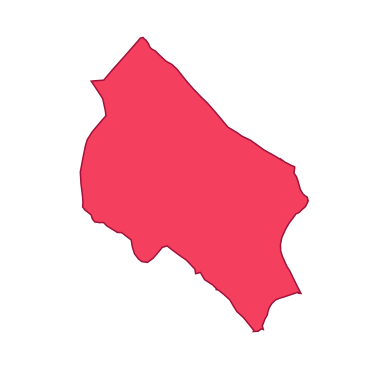 outline of Potupo, River Gee, Liberia, rotated 311°
{"feature_id": "62588387B58359330496040", "entity_name": "Potupo", "entity_type": "district", "adm_level": 2, "iso_a3": "LBR", "parent_name": "Liberia", "parent_adm1": "River Gee", "projection": "albers", "projection_center": [-7.817, 5.334], "detail": "fine", "context": "isolated", "style": "filled", "palette": "rose", "viewbox_px": 384, "rotation_deg": 311, "n_neighbors": 0, "source": "geoboundaries", "source_scale": "gbopen_adm2", "svg_char_len": 2070}
<svg xmlns="http://www.w3.org/2000/svg" viewBox="0 0 384 384"><g transform="rotate(311 192 192)"><path d="M109.5,204.4L109.7,204.6L116.4,206.1L123.2,206.1L130.7,205.9L135.0,208.6L135.3,215.1L136.0,224.4L136.5,228.7L136.6,229.6L136.9,232.4L136.6,235.8L136.0,241.5L135.7,244.8L132.7,248.3L136.8,251.2L134.1,259.0L134.6,262.5L135.5,268.5L135.0,274.6L134.4,274.5L135.4,276.6L135.5,281.6L135.6,283.2L135.6,283.6L135.6,283.9L135.4,291.4L133.7,296.3L133.5,296.7L133.4,297.2L131.2,304.3L131.0,313.1L129.5,321.8L128.2,329.1L126.9,329.8L130.4,333.3L134.1,334.0L135.0,336.0L136.1,334.3L137.2,332.8L137.5,332.7L139.4,332.1L143.6,330.5L148.8,329.4L152.0,327.5L155.1,326.4L156.2,326.0L160.8,325.4L165.4,325.9L169.3,327.8L171.6,329.3L174.4,331.0L181.9,335.4L183.1,336.1L184.1,336.7L185.9,337.6L185.4,338.6L186.9,340.8L189.5,334.3L192.8,326.4L196.5,317.8L198.4,311.7L202.8,302.3L205.7,297.6L210.4,293.2L216.9,289.5L225.5,287.0L231.6,285.8L238.5,285.3L243.7,284.8L246.7,286.3L250.2,286.5L255.4,287.2L260.3,286.0L261.3,285.1L261.2,286.0L263.7,282.3L263.3,279.9L263.3,276.9L264.9,272.2L269.8,264.8L272.1,260.7L273.1,256.6L277.3,253.9L278.4,252.9L277.3,249.9L275.5,242.5L275.1,237.5L274.7,237.9L273.5,231.0L270.9,218.4L270.4,212.5L269.5,202.6L266.9,193.0L266.4,187.4L264.5,176.4L266.0,167.5L267.4,158.4L269.2,145.6L269.6,137.4L270.6,125.8L271.8,116.9L273.5,107.1L274.8,100.6L275.1,93.1L273.7,86.7L273.8,83.4L274.0,76.5L274.4,71.8L273.5,67.9L273.7,65.1L275.3,62.0L276.2,58.4L276.3,58.0L276.2,55.9L276.5,53.7L274.2,52.0L271.9,52.1L259.7,52.1L256.2,52.1L253.0,52.1L232.3,51.8L218.5,52.0L211.9,45.4L209.5,43.2L208.9,45.6L206.8,53.2L203.9,63.4L196.6,73.1L193.2,77.0L184.0,77.0L172.2,77.2L162.8,78.6L156.8,81.3L151.4,84.4L147.1,86.8L133.8,94.6L125.6,102.6L120.9,107.8L117.8,111.3L113.0,116.2L108.9,119.3L108.2,123.2L108.6,130.8L106.3,134.5L105.6,138.2L108.2,142.3L110.9,145.2L110.6,150.1L112.4,161.5L112.5,162.2L114.1,164.2L114.3,164.5L115.2,165.6L115.9,177.6L111.5,182.9L110.0,185.3L107.7,189.0L106.3,195.6L106.6,199.8L109.5,204.4Z" fill="#f43f5e" stroke="#9f1239" stroke-width="1.5"/></g></svg>